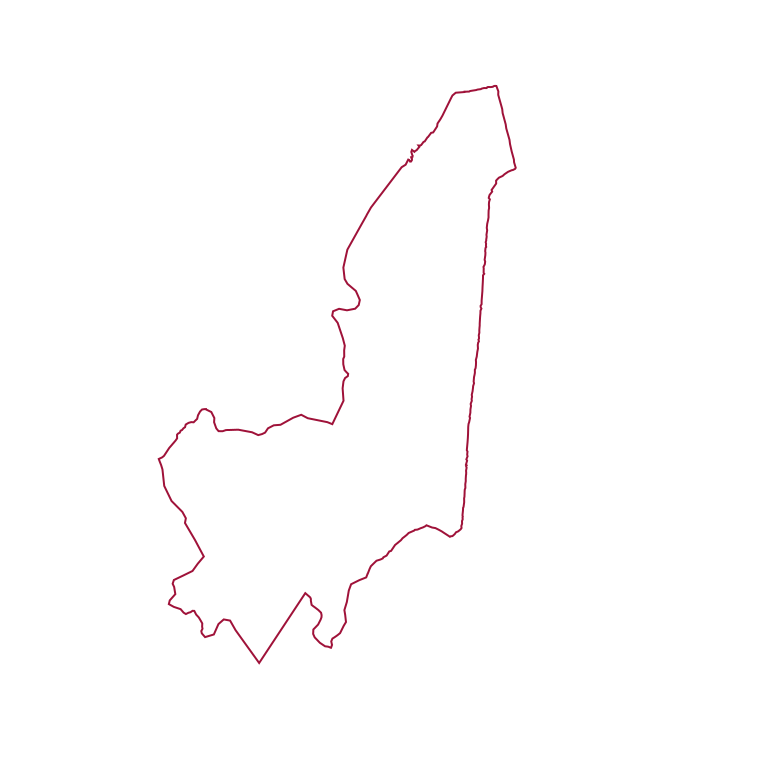 outline of Niafunke, Timbuktu, Mali, rotated 124°
{"feature_id": "8926073B8185774675652", "entity_name": "Niafunke", "entity_type": "district", "adm_level": 2, "iso_a3": "MLI", "parent_name": "Mali", "parent_adm1": "Timbuktu", "projection": "natural_earth1", "projection_center": [-4.268, 15.872], "detail": "fine", "context": "isolated", "style": "outline", "palette": "rose", "viewbox_px": 768, "rotation_deg": 124, "n_neighbors": 0, "source": "geoboundaries", "source_scale": "gbopen_adm2", "svg_char_len": 5644}
<svg xmlns="http://www.w3.org/2000/svg" viewBox="0 0 768 768"><g transform="rotate(124 384 384)"><path d="M686.8,385.0L675.6,387.0L668.8,385.2L666.2,379.3L671.1,369.4L685.1,331.5L601.4,332.3L602.2,325.8L603.1,324.4L604.5,323.5L607.6,320.5L607.8,318.1L607.8,316.8L608.1,312.0L608.8,308.3L610.5,306.5L612.3,305.4L614.7,304.8L620.3,304.1L626.0,305.1L627.0,305.3L630.8,303.0L632.8,299.8L634.4,292.5L634.4,288.9L634.4,286.2L633.2,283.8L632.9,283.1L632.4,280.6L632.3,280.4L629.3,281.2L628.9,281.7L626.9,283.8L623.9,284.4L621.9,283.5L621.4,283.3L619.4,282.5L618.0,282.0L615.1,281.1L606.9,282.2L602.6,282.4L597.2,287.0L593.6,290.4L585.5,292.9L574.9,297.7L568.4,299.3L562.4,295.9L560.3,294.7L554.3,290.6L550.4,291.5L550.3,291.4L545.5,292.5L542.4,293.0L538.5,292.2L534.7,291.4L531.5,288.8L529.3,287.5L528.0,287.6L524.8,285.9L519.9,286.0L518.4,284.8L511.3,284.8L504.0,282.6L501.5,282.4L499.1,281.6L496.5,280.8L495.1,280.5L493.8,280.3L491.6,278.9L488.6,277.0L487.7,276.9L486.3,275.2L485.8,274.7L483.1,273.0L481.1,271.5L478.6,270.1L477.4,269.8L476.1,263.9L474.7,260.8L474.5,259.3L474.2,257.0L474.0,254.8L473.9,253.7L473.9,251.7L473.8,245.7L473.8,243.9L473.0,243.6L472.9,243.4L472.5,243.0L471.8,242.2L470.0,241.7L468.6,241.4L466.7,241.4L464.7,240.1L461.6,239.2L460.0,239.2L458.5,240.5L456.2,241.1L454.0,242.7L452.2,243.1L450.5,244.4L449.9,244.5L449.0,245.5L444.7,247.8L442.4,249.2L441.5,249.3L437.2,251.4L435.9,252.3L433.9,253.7L432.6,254.2L429.5,256.1L428.1,257.0L426.4,258.0L424.7,258.4L421.6,260.6L418.8,261.9L417.1,263.1L413.5,265.2L413.1,265.3L411.5,266.3L411.0,266.7L410.0,267.5L407.2,268.7L406.7,269.4L406.2,270.0L405.2,270.0L405.2,270.9L404.0,271.3L403.3,271.5L402.5,271.8L401.1,272.2L400.4,273.6L397.2,274.3L396.1,275.5L394.1,276.6L393.3,277.0L392.6,278.3L391.0,279.2L389.7,279.9L385.7,282.1L385.0,282.5L381.7,284.4L378.4,286.4L372.6,290.1L371.9,290.5L369.8,291.6L368.2,292.0L366.5,292.7L364.0,293.7L363.3,294.8L359.6,296.3L356.6,298.2L353.5,299.6L352.1,301.0L350.9,301.3L348.8,301.8L347.6,302.9L345.3,303.9L343.9,305.2L340.5,306.5L336.6,308.5L336.0,308.9L333.0,309.8L331.9,311.0L328.0,313.2L325.7,314.1L323.9,314.9L321.3,316.7L320.1,316.8L319.1,317.2L317.0,318.3L314.3,320.0L312.7,321.3L309.5,322.4L305.2,324.6L302.1,325.9L299.2,328.1L297.4,328.9L297.0,329.1L296.9,329.1L295.7,329.1L294.9,329.9L294.4,330.5L293.3,330.6L292.0,331.5L290.6,332.7L288.2,333.6L286.2,335.0L284.3,336.1L282.1,337.3L280.3,338.5L278.1,339.8L277.6,340.1L274.9,341.7L272.4,343.1L271.8,343.4L269.3,345.0L267.0,345.4L266.4,346.6L265.3,347.6L263.3,347.7L260.1,349.8L257.6,351.2L252.1,354.3L248.4,356.6L244.2,359.1L240.6,361.3L238.5,362.7L236.6,362.5L236.2,363.5L233.8,365.1L232.8,365.7L232.5,365.9L231.3,367.0L229.4,367.2L228.3,367.4L227.5,367.8L227.1,368.0L226.5,368.3L225.9,368.6L224.8,370.0L220.6,372.0L218.3,373.4L217.3,374.4L214.5,375.9L213.2,375.9L212.7,376.6L210.5,377.9L209.6,379.0L207.9,379.5L206.6,380.3L206.0,380.5L204.4,381.3L203.0,382.5L198.9,384.4L197.1,386.1L193.5,388.0L190.1,389.3L187.4,390.5L185.4,391.9L181.6,394.3L179.3,395.3L176.4,397.5L174.3,398.7L171.7,399.5L171.2,401.2L170.2,401.6L168.2,402.2L164.0,401.9L163.0,403.3L155.1,403.1L152.7,404.8L151.3,404.6L148.7,404.1L145.2,402.0L142.7,401.4L138.7,399.8L135.4,397.7L134.5,396.8L132.3,395.6L131.1,395.7L127.4,400.2L125.3,401.8L119.8,408.2L116.4,411.8L114.6,413.7L111.4,416.5L103.7,425.6L100.7,428.3L95.4,434.4L93.1,437.1L90.0,439.7L88.2,441.8L80.4,451.0L77.4,452.9L75.5,455.6L74.3,457.2L74.1,457.5L74.6,458.4L75.2,459.2L76.1,459.8L76.7,459.9L78.2,461.6L79.3,463.4L80.1,464.3L81.3,464.4L82.0,465.5L82.7,466.6L84.5,468.2L85.4,468.6L87.6,471.1L88.8,472.0L91.4,474.8L93.0,476.5L93.9,476.9L94.6,477.8L96.6,480.7L96.9,480.5L98.2,482.1L102.4,487.4L106.6,488.6L110.0,488.2L128.9,485.6L133.2,485.3L138.1,485.3L140.8,484.0L147.9,483.9L149.5,485.4L150.1,485.4L153.9,485.6L154.5,485.6L155.2,485.9L160.1,485.9L161.2,486.6L165.1,486.8L166.2,487.5L167.0,488.8L167.6,487.3L171.9,487.7L173.7,488.6L174.5,488.6L174.5,488.9L174.3,491.7L176.2,491.2L176.6,490.9L176.9,490.4L178.4,488.6L178.8,487.8L179.1,487.7L179.8,487.4L180.8,488.3L181.4,487.5L181.5,486.9L182.6,486.1L184.4,486.0L185.0,486.7L184.2,488.4L184.4,489.4L190.1,488.7L194.4,490.6L244.9,493.5L253.1,492.9L254.5,492.7L265.7,491.8L293.1,489.5L310.2,482.8L316.2,477.7L319.0,475.3L321.4,470.3L322.0,464.9L322.6,459.4L325.2,455.2L327.9,451.0L332.7,449.1L337.7,450.0L343.6,455.9L346.8,463.3L352.2,466.9L356.4,465.1L359.2,456.6L369.0,443.8L374.2,437.9L378.3,435.9L383.5,432.3L386.1,431.8L388.1,430.4L390.4,428.8L394.5,424.5L395.2,421.7L395.6,419.4L397.7,418.4L400.8,419.6L404.4,419.1L410.7,415.9L420.4,408.3L420.5,408.2L446.2,404.4L447.3,409.6L455.0,428.1L455.8,435.4L462.7,440.4L475.7,447.0L479.9,452.3L485.6,455.4L490.8,455.4L493.7,457.1L496.7,459.7L497.8,466.4L503.4,479.3L508.9,486.9L510.5,489.2L513.4,491.4L515.6,494.8L514.6,498.2L510.7,503.5L507.1,505.6L503.8,511.5L504.6,517.2L504.3,517.5L505.3,518.9L506.9,520.6L509.7,521.1L514.0,520.7L517.4,519.4L520.1,520.0L522.2,520.4L523.4,522.5L525.5,524.3L528.5,525.7L531.1,524.8L532.8,525.5L535.1,525.7L536.4,526.5L538.5,526.1L540.5,527.1L541.8,527.2L544.8,525.1L547.8,525.2L557.2,526.3L566.6,526.2L568.9,526.9L572.1,528.8L573.9,526.3L575.8,523.5L578.7,519.9L591.4,509.2L599.8,494.7L602.8,479.6L606.1,473.2L610.5,471.3L619.0,453.5L627.8,436.9L637.1,437.9L646.1,438.2L655.5,443.6L664.0,448.6L667.8,447.5L669.6,444.5L674.9,439.5L683.2,440.6L686.8,439.3L686.3,433.6L684.4,426.7L685.6,422.3L685.5,419.6L683.0,418.2L681.4,416.8L679.1,415.9L678.2,414.4L680.2,410.8L681.1,407.0L682.7,403.6L684.1,400.8L687.0,399.0L688.4,397.6L691.0,397.3L692.6,395.6L693.9,390.8L686.8,385.0Z" fill="none" stroke="#9f1239" stroke-width="2"/></g></svg>